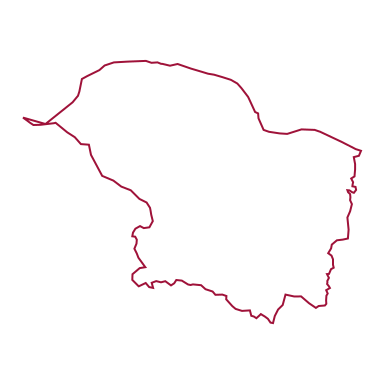 the district of Sykopetra, Limassol, Cyprus
{"feature_id": "46923920B4019761469053", "entity_name": "Sykopetra", "entity_type": "district", "adm_level": 2, "iso_a3": "CYP", "parent_name": "Cyprus", "parent_adm1": "Limassol", "projection": "mercator", "projection_center": [33.109, 34.881], "detail": "fine", "context": "isolated", "style": "outline", "palette": "rose", "viewbox_px": 384, "rotation_deg": 0, "n_neighbors": 0, "source": "geoboundaries", "source_scale": "gbopen_adm2", "svg_char_len": 2253}
<svg xmlns="http://www.w3.org/2000/svg" viewBox="0 0 384 384"><path d="M319.6,131.6L314.7,129.9L301.5,129.4L287.2,133.9L279.6,133.4L269.0,131.8L263.6,129.9L258.5,118.3L258.1,113.4L255.1,112.0L249.2,99.2L248.1,96.9L241.4,88.1L237.3,83.5L230.8,79.8L222.3,77.1L214.1,74.7L208.0,73.7L202.1,71.9L191.0,68.6L177.6,64.0L170.0,65.7L162.5,63.9L161.0,63.8L157.5,62.4L151.5,62.8L145.9,60.9L128.0,61.6L113.9,62.4L104.6,65.5L99.4,70.1L87.2,76.1L81.9,79.0L79.4,91.4L78.0,95.8L77.9,95.9L72.6,102.3L45.5,124.0L23.0,117.6L27.3,120.7L29.8,122.6L33.4,125.0L40.5,124.8L54.0,123.2L55.6,122.8L67.2,132.3L74.8,137.2L80.9,144.1L88.9,144.7L91.0,154.9L102.2,175.9L113.4,180.6L121.3,186.6L130.8,190.3L139.4,198.9L146.6,202.5L150.0,207.8L150.6,210.8L151.2,214.6L152.8,221.1L149.4,227.3L143.8,228.1L140.0,226.1L135.4,228.7L133.0,232.6L132.3,236.3L135.2,236.7L136.8,239.7L136.5,243.6L134.4,248.7L136.8,253.5L138.4,257.7L145.3,267.2L139.7,268.1L132.5,274.2L132.3,279.9L137.3,284.9L138.7,286.3L138.8,286.3L145.7,283.0L149.2,287.1L153.1,287.9L151.7,282.8L156.2,281.1L161.0,282.3L165.3,281.2L171.0,285.4L174.2,283.3L176.3,280.0L181.8,280.6L188.1,284.5L190.6,285.0L192.9,284.4L201.1,285.2L205.5,289.2L212.6,291.5L215.4,294.8L222.4,294.6L226.4,296.0L226.2,299.3L232.3,306.1L235.6,308.9L242.0,310.9L249.9,310.4L251.3,315.8L253.8,316.5L256.4,318.2L259.5,315.4L260.8,314.1L264.8,316.5L267.9,318.8L270.5,322.6L273.0,323.1L274.8,316.0L278.1,309.5L282.7,305.0L285.5,294.6L294.3,296.5L301.1,296.4L309.0,303.2L315.9,307.9L318.7,306.0L324.9,305.5L325.0,305.4L326.3,303.8L326.3,303.3L326.1,300.5L326.4,295.7L327.7,293.5L326.2,290.2L329.9,288.0L329.0,286.4L327.1,284.0L327.4,282.5L327.3,281.0L328.9,277.9L327.0,274.1L329.0,273.9L331.0,269.2L333.7,267.7L333.0,264.8L333.0,259.3L331.5,255.6L328.2,253.2L331.1,248.4L331.8,244.6L336.9,240.3L342.8,239.6L347.9,238.5L348.6,229.7L347.4,217.5L350.1,211.3L351.9,204.1L350.1,200.2L350.4,197.3L350.3,196.0L350.1,194.1L348.1,192.2L347.4,190.2L349.5,190.4L352.1,192.2L353.9,192.8L356.1,189.9L355.5,186.9L352.4,186.3L352.5,185.1L353.1,182.2L351.2,178.5L354.5,176.4L355.1,169.4L355.1,164.1L353.8,157.1L358.9,155.8L361.0,150.8L355.4,149.0L355.3,148.9L353.6,148.0L343.2,142.7L342.9,142.5L319.8,131.6L319.6,131.6Z" fill="none" stroke="#9f1239" stroke-width="2"/></svg>